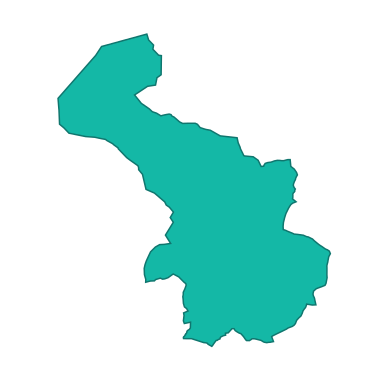 the district of Giwa, Kaduna, Nigeria, rotated 98°
{"feature_id": "59680162B2967434957315", "entity_name": "Giwa", "entity_type": "district", "adm_level": 2, "iso_a3": "NGA", "parent_name": "Nigeria", "parent_adm1": "Kaduna", "projection": "albers", "projection_center": [7.407, 11.046], "detail": "fine", "context": "isolated", "style": "filled", "palette": "teal", "viewbox_px": 384, "rotation_deg": 98, "n_neighbors": 0, "source": "geoboundaries", "source_scale": "gbopen_adm2", "svg_char_len": 3863}
<svg xmlns="http://www.w3.org/2000/svg" viewBox="0 0 384 384"><g transform="rotate(98 192 192)"><path d="M328.8,90.5L324.1,93.0L323.1,91.9L321.7,89.9L320.6,88.3L317.9,84.2L314.7,79.5L313.2,77.8L311.1,73.9L309.6,72.3L307.9,71.3L304.5,70.5L301.8,68.7L299.7,66.9L296.9,66.0L294.2,65.5L293.8,65.3L292.4,64.6L290.6,63.5L288.5,63.0L287.4,62.9L287.1,62.9L287.1,60.1L287.2,57.2L286.5,53.6L282.3,55.2L280.2,55.9L279.3,56.4L278.2,57.2L276.2,58.0L273.2,57.8L270.4,55.4L268.0,51.0L267.9,50.7L265.9,47.3L263.9,46.6L258.1,46.3L255.2,46.9L252.1,47.3L249.2,47.7L247.2,48.0L246.6,48.2L244.9,48.1L242.5,47.8L241.2,47.8L237.4,47.6L237.1,47.6L233.8,46.4L231.4,47.8L230.4,49.9L229.9,51.9L227.6,56.4L227.4,57.0L226.4,59.0L224.9,61.5L224.4,62.3L223.3,64.1L221.8,66.1L220.3,70.7L220.3,72.2L219.3,75.7L219.3,81.3L219.4,83.8L219.5,84.9L218.9,86.6L218.0,90.2L217.6,91.9L217.0,93.7L216.5,96.4L213.4,97.0L209.4,97.2L204.5,96.7L200.3,96.0L194.5,94.1L192.4,93.2L190.6,92.3L189.0,90.7L187.8,88.6L187.2,87.6L184.8,91.5L183.5,91.4L181.7,91.6L180.9,91.7L180.1,91.9L178.8,91.5L177.8,90.7L176.9,90.3L175.6,90.5L174.7,90.1L173.8,91.0L173.2,91.6L171.3,92.6L171.1,92.6L169.9,92.6L167.5,92.1L166.1,91.6L165.2,91.3L163.6,91.2L162.8,90.9L162.7,90.9L160.4,90.0L158.1,91.2L155.1,93.9L152.9,97.7L146.3,99.3L146.6,101.6L147.1,102.9L148.2,105.5L148.5,107.5L148.5,109.4L148.8,112.0L149.8,114.8L151.4,117.8L152.3,121.1L153.5,123.5L155.6,124.5L156.5,124.6L157.1,127.1L151.4,130.9L148.6,136.3L149.0,145.0L148.7,145.8L142.5,150.0L140.8,150.7L136.9,153.1L132.0,154.9L132.5,171.9L128.3,182.5L128.1,187.1L127.8,189.0L127.1,192.9L124.5,195.7L124.2,196.0L123.5,198.4L124.5,205.5L125.4,210.8L124.3,214.1L120.3,220.2L119.7,222.1L119.5,222.5L118.3,223.5L118.0,225.4L118.9,228.3L120.0,231.3L120.9,233.4L118.9,238.0L118.0,242.5L115.6,245.9L111.3,254.5L103.9,262.4L93.5,250.7L91.2,243.0L83.7,242.6L80.2,238.9L61.2,241.3L61.2,244.1L56.1,250.6L51.9,250.5L47.5,256.1L41.9,258.7L60.5,301.8L70.2,306.4L75.2,309.7L117.9,337.7L126.9,335.7L129.4,335.1L143.3,332.6L146.3,327.8L150.9,322.0L151.9,305.0L151.3,295.9L151.8,288.9L151.9,286.2L152.0,284.9L152.9,283.4L155.2,277.3L156.0,276.3L158.6,271.4L159.5,271.0L167.0,261.5L167.4,260.8L168.9,258.1L173.5,249.2L175.2,248.3L177.4,247.9L181.4,243.5L195.8,237.9L198.3,229.0L202.6,222.3L205.6,217.6L208.5,215.7L210.2,212.3L214.5,207.6L220.4,210.0L224.6,206.3L238.4,212.3L245.9,206.0L247.7,212.1L248.6,216.7L251.6,220.6L257.0,224.7L261.5,226.1L266.5,227.6L268.9,228.1L270.6,228.4L274.3,228.7L280.4,227.6L280.9,227.4L285.0,225.6L287.8,225.3L286.0,221.0L285.2,216.8L283.8,215.9L281.7,211.4L282.3,209.4L282.4,209.0L281.8,206.9L280.2,203.8L275.8,199.2L277.9,193.3L279.9,190.7L282.4,187.4L283.6,185.4L285.1,184.8L289.0,185.6L292.5,186.7L294.8,186.4L297.0,186.5L299.2,185.9L303.5,185.0L306.8,183.5L308.2,181.1L310.4,179.4L312.9,183.5L315.4,182.7L320.8,182.6L323.3,181.3L321.1,175.3L326.9,174.7L328.4,175.5L329.1,176.3L329.5,176.8L330.0,177.3L330.6,177.5L331.4,177.7L332.1,177.6L332.5,177.8L333.0,178.2L333.4,178.5L333.8,178.4L334.1,178.5L334.2,178.8L334.6,179.0L334.9,179.0L335.6,179.3L336.0,179.6L336.3,179.9L336.8,180.2L337.2,180.3L338.3,180.0L338.1,178.1L337.9,176.3L337.3,172.1L339.5,159.4L339.4,157.2L339.7,155.6L340.5,155.0L342.1,150.9L340.8,150.1L339.5,149.5L338.0,148.7L335.6,147.4L335.4,146.4L334.7,145.8L333.5,143.8L332.8,143.9L331.4,143.2L330.9,142.3L330.4,141.7L329.7,140.4L329.6,140.1L329.1,138.8L327.2,139.2L326.4,136.5L323.9,134.8L322.9,134.1L322.1,133.6L321.8,133.4L321.5,131.4L323.2,130.0L324.1,128.2L325.1,125.8L325.4,124.4L325.4,124.0L326.3,122.9L327.3,121.7L328.2,120.7L328.3,120.6L329.5,119.5L330.8,118.3L331.5,117.4L331.5,116.8L331.4,116.4L331.2,114.5L330.6,113.8L329.7,112.7L329.0,112.1L328.7,110.1L328.7,109.2L328.8,107.8L329.3,103.1L329.8,101.9L330.3,100.8L330.7,99.6L330.8,96.9L330.3,95.6L329.9,93.7L328.8,90.5Z" fill="#14b8a6" stroke="#0f766e" stroke-width="1.5"/></g></svg>